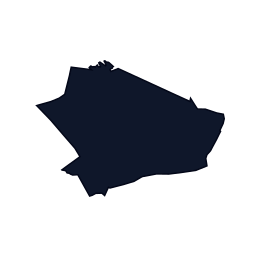 Santa María Zoquitlán, Oaxaca, Mexico, rotated 134°
{"feature_id": "50627088B87489634133290", "entity_name": "Santa María Zoquitlán", "entity_type": "district", "adm_level": 2, "iso_a3": "MEX", "parent_name": "Mexico", "parent_adm1": "Oaxaca", "projection": "robinson", "projection_center": [-96.386, 16.557], "detail": "fine", "context": "isolated", "style": "filled", "palette": "ink", "viewbox_px": 256, "rotation_deg": 134, "n_neighbors": 0, "source": "geoboundaries", "source_scale": "gbopen_adm2", "svg_char_len": 2232}
<svg xmlns="http://www.w3.org/2000/svg" viewBox="0 0 256 256"><g transform="rotate(134 128 128)"><path d="M100.4,44.9L95.8,51.0L92.3,52.7L88.2,52.8L86.9,52.9L83.6,53.9L75.0,56.3L69.4,58.1L66.1,59.1L66.0,60.2L58.7,62.7L54.5,65.2L51.9,69.0L55.6,74.7L60.7,85.4L66.1,91.2L65.3,94.9L63.2,103.6L65.9,101.9L72.7,121.1L86.9,161.6L92.1,176.4L92.9,176.7L93.2,176.8L95.5,177.9L99.1,179.5L98.9,179.8L98.8,180.1L98.8,180.4L98.8,180.6L98.8,180.8L98.7,181.0L98.7,181.3L98.3,181.6L98.0,181.5L97.6,181.5L97.2,181.4L96.8,181.3L96.6,181.2L96.3,181.0L96.0,180.9L95.7,181.0L95.4,181.1L95.1,181.3L94.9,181.5L94.7,181.5L94.0,181.3L94.0,182.9L94.2,187.1L94.4,187.6L94.5,187.9L94.5,188.1L94.7,188.3L94.8,188.4L95.0,188.6L95.3,188.8L95.5,188.9L95.6,189.2L95.6,189.5L95.6,190.0L95.6,190.5L95.6,190.8L95.7,191.1L96.2,191.7L96.3,191.7L96.5,191.6L96.6,191.4L96.7,191.1L96.8,190.6L96.8,190.3L97.0,189.8L97.2,189.4L97.3,189.1L97.5,188.5L97.6,188.2L97.8,187.8L98.1,187.5L98.5,187.4L99.0,187.5L100.1,194.0L101.4,194.3L101.7,193.7L101.9,193.3L102.1,193.0L102.1,192.6L102.2,192.1L102.3,191.6L102.5,191.2L102.6,190.9L102.7,190.7L102.9,190.4L103.1,190.3L103.5,190.6L103.6,190.9L103.8,191.1L104.0,191.3L104.4,191.5L104.6,191.6L104.6,192.0L104.6,192.3L104.3,192.9L104.1,193.8L106.9,193.9L107.1,194.1L107.2,194.3L107.1,194.6L107.2,194.8L107.4,195.0L107.6,195.2L107.9,195.4L108.2,195.6L108.4,195.7L108.5,195.9L108.7,196.1L108.8,196.3L109.0,196.6L109.0,196.9L109.1,197.5L109.4,197.9L109.8,197.9L110.1,197.9L110.3,197.7L110.5,197.7L110.7,197.8L110.9,197.9L111.2,198.0L111.4,198.2L111.5,198.5L111.5,194.8L123.7,211.1L124.0,210.9L128.5,208.1L131.0,206.5L147.7,196.9L153.7,198.1L153.9,198.1L154.5,198.3L162.5,201.8L165.1,203.3L165.4,203.5L166.3,204.0L175.3,209.3L176.0,189.1L177.8,170.1L179.4,152.2L181.4,144.7L182.0,142.6L194.3,144.8L204.1,146.5L204.1,146.3L202.0,143.2L202.6,140.6L201.2,138.6L201.2,137.5L200.8,136.6L200.3,135.2L196.5,131.7L197.3,128.9L203.6,108.3L201.2,107.0L197.4,105.8L197.0,105.6L197.0,105.4L193.0,101.5L192.8,97.9L184.3,100.9L183.7,99.3L177.8,95.7L171.8,92.0L162.1,86.6L158.6,85.6L153.6,84.2L152.4,83.6L151.4,82.8L141.2,75.6L137.6,71.8L132.8,66.7L128.2,63.0L124.7,60.1L111.4,49.8L100.4,44.9Z" fill="#0f172a" stroke="#020617" stroke-width="1.5"/></g></svg>